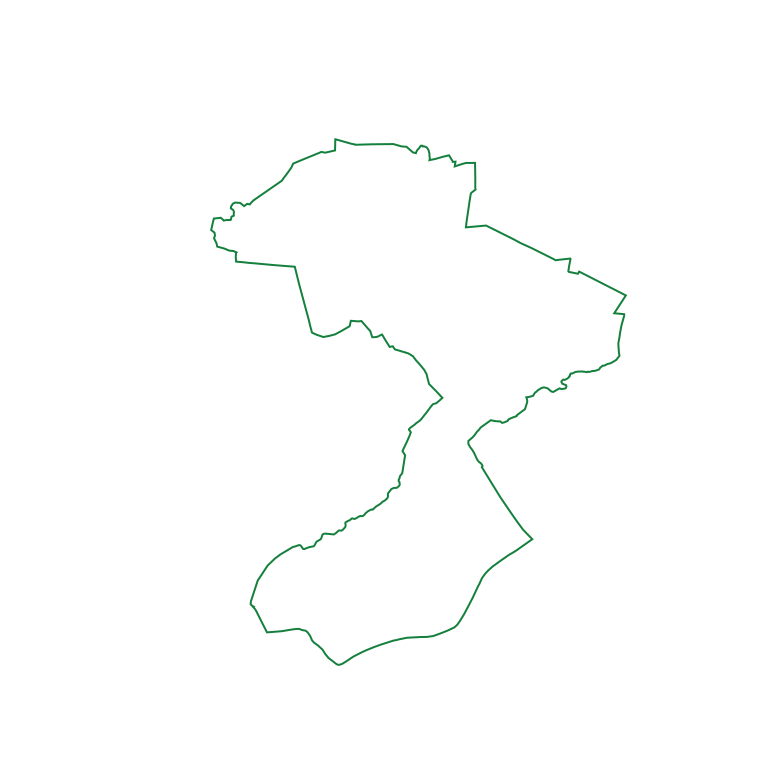 Dorolt, Satu Mare, Romania, rotated 322°
{"feature_id": "2599482B34553912089918", "entity_name": "Dorolt", "entity_type": "district", "adm_level": 2, "iso_a3": "ROU", "parent_name": "Romania", "parent_adm1": "Satu Mare", "projection": "equal_earth", "projection_center": [22.775, 47.851], "detail": "fine", "context": "isolated", "style": "outline", "palette": "green", "viewbox_px": 768, "rotation_deg": 322, "n_neighbors": 0, "source": "geoboundaries", "source_scale": "gbopen_adm2", "svg_char_len": 6166}
<svg xmlns="http://www.w3.org/2000/svg" viewBox="0 0 768 768"><g transform="rotate(322 384 384)"><path d="M405.3,597.6L403.9,584.6L404.1,575.5L404.8,562.5L406.0,544.5L409.9,509.7L410.7,509.6L411.1,509.4L411.3,508.9L411.4,508.2L411.5,507.4L411.5,505.9L410.9,504.2L410.8,503.1L410.9,500.7L412.1,495.8L412.3,494.7L412.7,493.5L412.7,492.2L412.9,491.3L413.0,489.7L413.0,486.9L413.4,484.4L413.4,483.6L414.8,481.5L415.6,480.8L420.7,480.6L423.8,480.1L427.8,478.9L430.3,478.6L432.4,478.1L433.2,477.8L445.9,478.3L447.8,480.6L449.8,482.7L451.4,484.1L452.3,484.7L452.7,485.4L453.1,487.3L453.4,487.5L455.2,488.3L458.6,489.2L459.1,489.1L460.0,488.6L461.6,488.8L466.7,490.2L466.8,490.4L468.9,490.9L469.6,490.6L469.7,490.4L479.7,490.6L485.3,486.7L486.3,485.8L487.3,484.0L488.0,482.1L490.2,483.4L493.6,484.9L494.3,485.1L494.5,485.1L494.9,484.9L495.2,484.6L497.8,483.8L498.9,483.9L499.9,483.8L500.4,483.7L502.6,483.7L503.3,483.9L505.0,484.0L506.2,484.3L507.9,485.1L509.2,486.6L510.3,488.3L510.9,491.4L511.3,492.8L511.7,493.6L512.4,494.4L512.9,494.6L513.7,494.6L515.2,494.9L515.8,494.9L519.6,495.5L520.9,497.4L522.4,498.2L524.0,499.1L524.9,499.1L526.1,498.3L526.6,497.7L526.7,496.8L525.7,495.3L524.7,493.5L525.0,491.7L525.5,491.1L527.5,490.9L528.3,491.1L528.8,491.9L530.0,492.3L531.7,492.6L533.1,492.6L534.1,492.5L534.2,492.2L535.1,491.9L535.6,492.0L536.5,491.0L536.9,490.9L537.9,490.8L538.3,491.1L538.6,491.6L541.1,492.1L542.5,492.5L544.2,493.5L545.6,494.4L547.1,495.7L548.0,496.1L548.2,496.4L548.6,497.0L549.7,497.9L551.0,499.5L551.9,499.7L552.3,499.8L552.8,500.6L553.5,501.0L556.2,502.1L558.0,503.3L559.3,503.9L562.2,504.9L562.8,504.8L564.7,504.2L566.4,504.3L567.1,504.1L567.7,504.2L568.5,504.9L569.0,505.2L571.4,505.6L572.3,505.8L574.7,506.9L576.7,507.4L581.8,508.0L587.0,506.7L588.2,504.3L589.4,502.5L591.5,499.3L593.8,496.1L597.8,492.6L602.2,488.4L607.4,483.9L615.5,477.9L616.2,476.8L609.0,470.0L629.1,463.1L607.0,415.6L604.7,416.5L598.8,409.6L598.7,409.1L598.7,408.6L602.1,405.4L608.0,400.2L608.0,399.8L597.5,393.3L597.3,393.3L595.4,392.1L594.7,390.3L583.8,367.4L578.2,356.7L575.6,350.6L562.0,322.0L545.0,311.0L548.3,307.6L564.0,292.6L569.4,287.6L570.5,287.1L575.9,287.1L576.7,285.6L582.6,278.1L591.9,265.8L589.6,264.1L584.9,260.4L582.0,259.1L573.7,256.1L577.2,252.8L575.0,251.3L575.2,251.1L576.0,243.8L570.5,241.3L563.1,238.3L557.7,235.6L558.1,235.3L559.2,234.1L559.8,233.0L560.2,232.4L561.8,230.1L562.5,228.4L562.8,227.8L563.2,226.4L563.3,223.9L562.9,222.9L562.2,221.9L561.3,220.9L560.8,220.7L560.7,220.2L560.9,219.9L560.3,219.3L559.6,218.9L556.8,219.8L555.0,220.0L553.9,220.3L553.3,220.5L552.0,221.2L551.3,221.7L549.4,219.4L548.5,214.7L547.8,211.0L547.6,210.7L544.2,207.7L539.1,200.7L522.9,188.3L509.2,178.2L508.5,177.5L508.6,177.4L506.1,174.5L496.8,161.8L496.3,161.2L489.2,169.8L480.9,165.9L479.9,165.3L477.5,162.5L476.0,162.2L459.1,157.4L448.1,154.4L444.3,156.4L436.9,158.6L431.2,160.1L428.7,160.9L395.4,159.0L394.9,159.1L394.6,158.9L390.4,159.4L388.8,159.9L387.1,157.8L383.3,157.7L382.1,152.7L378.4,149.4L375.9,148.9L372.7,150.0L371.4,151.4L372.3,153.9L371.9,155.7L370.2,157.6L369.3,158.9L366.9,158.3L365.0,159.7L364.7,160.1L364.4,160.3L363.8,160.2L363.1,159.5L360.8,157.8L358.3,156.5L358.1,153.9L357.8,153.3L357.7,152.5L351.8,148.9L349.0,151.0L342.6,156.3L343.6,160.4L342.1,163.1L339.8,164.5L338.7,169.8L337.2,173.1L341.6,179.0L344.1,183.5L347.2,186.5L348.8,189.5L348.1,189.6L344.8,193.3L344.3,194.4L342.8,196.5L349.1,202.4L352.1,205.4L355.1,208.1L371.3,223.3L384.4,235.3L385.9,236.7L381.9,245.6L378.3,253.7L364.0,287.6L361.9,292.1L360.6,295.1L358.9,299.2L361.1,303.5L365.1,309.6L370.3,312.3L376.1,314.8L382.5,315.9L392.5,317.3L396.8,313.8L400.3,317.0L402.5,319.0L405.0,320.5L405.5,330.7L405.8,333.7L404.1,338.3L403.6,339.9L405.4,341.3L406.9,342.2L408.1,342.8L410.9,343.3L412.9,343.8L412.9,344.0L412.0,351.1L411.3,358.3L413.9,359.5L414.1,359.7L414.1,360.0L413.9,363.4L422.1,375.0L423.9,380.0L423.8,384.8L424.2,390.3L424.4,397.5L423.6,402.5L421.8,406.4L419.5,411.8L420.7,422.0L421.5,430.9L417.2,431.2L413.2,431.3L410.8,430.2L409.6,430.1L406.2,430.9L399.8,432.7L394.6,433.9L391.6,434.7L389.2,434.9L385.4,434.7L383.0,434.9L377.8,434.7L375.9,435.0L375.4,435.7L375.6,437.5L375.4,438.6L374.7,438.9L373.4,439.9L366.9,443.4L357.3,448.2L356.7,453.2L343.5,465.5L341.6,466.0L340.3,466.3L339.3,466.8L338.1,467.9L337.1,468.3L336.3,468.8L335.8,469.5L335.8,470.9L334.3,473.1L333.1,473.6L330.2,473.7L328.4,472.4L327.2,471.8L325.2,471.3L319.7,472.7L318.9,473.6L318.3,474.8L316.1,476.2L314.7,476.2L312.7,476.3L310.3,475.9L307.4,476.2L302.7,475.7L301.2,475.7L300.5,475.8L298.7,475.9L297.7,476.1L296.8,475.1L295.4,474.8L293.0,474.4L289.7,474.5L288.1,475.0L286.5,475.0L285.9,474.9L285.2,474.6L284.1,473.5L283.2,473.1L278.5,472.5L277.2,471.8L276.7,470.8L276.1,470.3L275.6,470.1L273.4,470.3L271.2,469.7L268.4,469.4L267.7,470.0L267.0,471.4L266.3,472.2L265.3,472.9L262.0,473.5L260.6,473.5L260.0,473.2L258.7,471.9L257.9,471.6L254.3,471.9L251.9,471.7L246.0,466.1L245.0,465.3L243.5,464.8L242.7,464.9L239.8,466.8L238.8,467.3L237.8,467.3L236.4,467.1L234.7,466.8L233.2,466.9L230.1,468.3L229.1,468.6L228.1,468.3L225.0,466.7L223.1,466.0L219.5,465.0L218.7,464.1L218.9,461.2L218.9,460.2L218.4,459.1L217.8,458.6L212.9,456.9L212.2,456.4L197.1,454.5L193.1,454.5L191.6,454.3L180.6,455.4L163.4,461.2L145.5,473.2L143.3,475.4L143.4,476.8L144.2,479.2L143.6,479.1L143.8,481.9L143.5,484.4L140.9,497.3L138.9,507.7L151.3,515.9L158.0,519.5L162.6,522.1L165.3,523.9L166.5,524.9L167.6,526.9L169.1,528.8L170.3,530.0L170.8,532.0L170.9,532.8L170.7,536.9L170.1,539.4L169.5,541.5L169.6,544.7L170.2,546.7L171.0,549.4L172.0,555.5L171.5,560.4L171.6,565.6L172.1,567.8L172.9,570.6L173.9,574.7L174.5,576.4L175.9,577.8L178.4,578.7L182.9,579.3L191.7,579.9L199.7,581.4L205.1,582.6L214.3,585.2L220.7,587.3L233.2,591.9L236.5,593.6L238.5,594.4L245.7,598.0L248.9,600.2L256.9,605.8L259.6,607.9L262.4,609.9L267.6,612.9L273.3,614.8L279.6,616.7L282.4,617.5L289.0,619.0L290.1,619.1L292.7,618.9L294.8,618.5L300.1,616.7L305.4,614.7L314.8,610.5L322.2,607.1L333.2,601.5L336.2,600.2L341.9,597.2L347.4,595.7L351.3,595.1L357.1,594.7L366.1,595.0L377.6,595.6L381.5,596.2L384.9,596.6L405.3,597.6Z" fill="none" stroke="#15803d" stroke-width="2"/></g></svg>